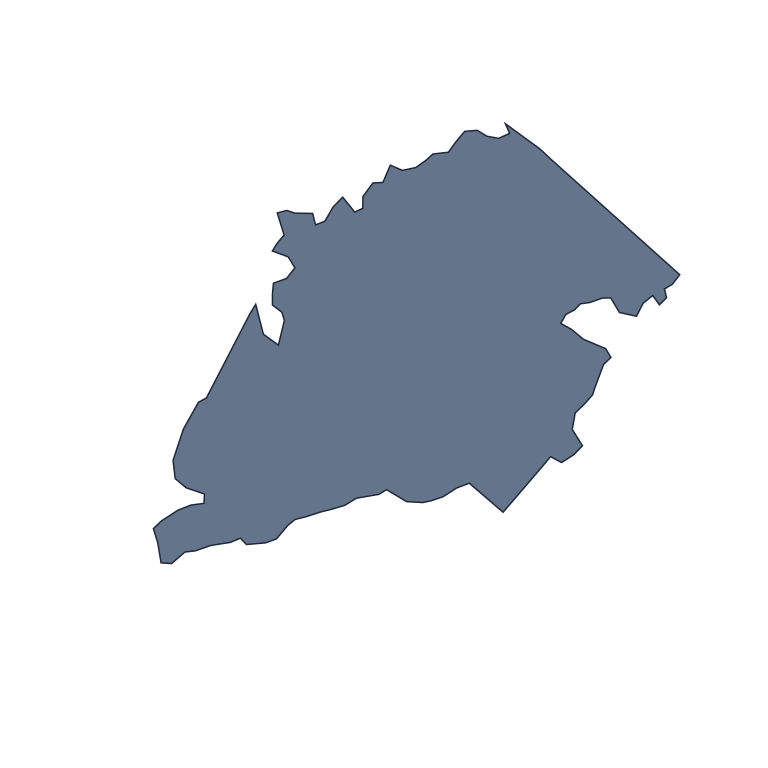 the district of Cruzaltense, Rio Grande do Sul, Brazil, rotated 310°
{"feature_id": "56859067B1237322992297", "entity_name": "Cruzaltense", "entity_type": "district", "adm_level": 2, "iso_a3": "BRA", "parent_name": "Brazil", "parent_adm1": "Rio Grande do Sul", "projection": "albers", "projection_center": [-52.651, -27.628], "detail": "fine", "context": "isolated", "style": "filled", "palette": "slate", "viewbox_px": 768, "rotation_deg": 310, "n_neighbors": 0, "source": "geoboundaries", "source_scale": "gbopen_adm2", "svg_char_len": 1587}
<svg xmlns="http://www.w3.org/2000/svg" viewBox="0 0 768 768"><g transform="rotate(310 384 384)"><path d="M621.7,544.1L631.7,545.0L637.1,537.8L646.0,540.8L657.8,540.3L663.5,366.1L664.3,352.7L661.4,309.7L656.8,319.1L645.8,313.9L639.9,303.4L638.3,292.4L629.4,283.4L615.8,283.4L602.9,284.3L591.6,273.6L582.7,272.4L570.4,269.3L559.5,260.8L555.7,248.2L537.7,253.6L530.9,246.3L514.2,247.3L504.9,254.8L496.9,251.1L500.6,232.3L486.9,231.2L470.8,234.1L461.9,229.3L468.8,219.7L457.7,206.0L454.4,197.9L446.4,192.3L433.9,211.7L422.9,211.7L414.1,213.0L419.8,228.9L415.7,241.1L402.3,241.5L390.1,234.5L381.1,240.8L372.8,247.8L373.3,259.6L368.7,266.8L345.9,278.1L344.6,259.6L362.6,234.5L352.3,236.0L259.2,256.9L250.8,253.6L220.5,259.3L189.9,271.5L177.3,284.9L177.3,299.1L184.3,317.2L176.8,322.8L167.1,313.9L155.0,307.3L136.0,301.5L125.0,300.3L117.1,312.5L103.7,328.2L109.9,336.7L119.3,338.2L127.3,339.5L134.9,346.7L149.1,355.2L156.7,361.8L163.9,368.1L173.6,373.1L172.6,381.8L186.2,395.4L196.3,401.2L213.9,401.2L223.1,403.0L232.4,409.7L245.3,417.8L255.0,424.8L266.0,432.0L278.8,436.3L296.3,451.1L304.7,453.8L308.4,476.9L318.1,489.9L324.8,495.1L335.5,501.7L351.0,506.5L362.8,513.0L362.7,523.5L362.3,557.7L421.1,558.3L435.4,558.3L438.0,570.5L451.7,574.8L464.3,575.7L470.2,557.4L484.7,549.1L498.9,550.5L509.9,550.7L517.1,547.8L540.2,539.6L550.2,540.8L553.6,531.1L549.8,518.9L546.4,507.8L546.4,492.7L544.0,480.5L554.1,478.6L563.3,482.3L571.6,482.9L578.9,489.4L590.1,496.0L595.7,502.3L590.1,518.4L598.2,533.9L612.4,530.6L624.5,533.0L621.7,544.1Z" fill="#64748b" stroke="#1e293b" stroke-width="1.5"/></g></svg>